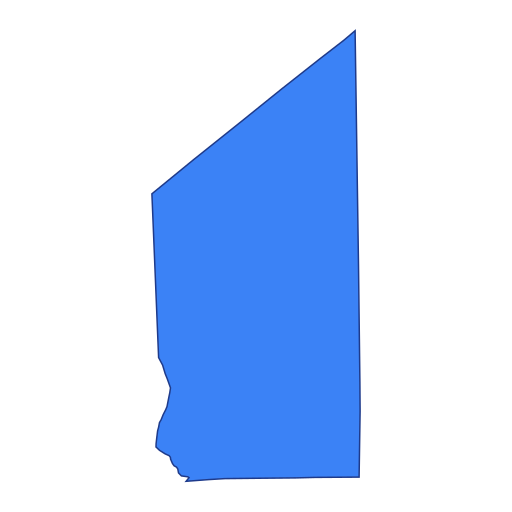 Iférouane, Agadez, Niger
{"feature_id": "23599985B42361363165505", "entity_name": "Iférouane", "entity_type": "district", "adm_level": 2, "iso_a3": "NER", "parent_name": "Niger", "parent_adm1": "Agadez", "projection": "equal_earth", "projection_center": [8.793, 20.451], "detail": "fine", "context": "isolated", "style": "filled", "palette": "blue", "viewbox_px": 512, "rotation_deg": 0, "n_neighbors": 0, "source": "geoboundaries", "source_scale": "gbopen_adm2", "svg_char_len": 704}
<svg xmlns="http://www.w3.org/2000/svg" viewBox="0 0 512 512"><path d="M186.1,481.3L208.6,479.6L224.9,478.6L263.0,478.2L295.4,477.9L315.0,477.4L359.1,477.1L360.1,411.2L359.9,382.7L358.5,265.1L355.1,30.7L343.9,40.2L320.4,58.4L282.1,88.6L237.2,124.8L193.9,159.4L151.9,193.8L158.6,357.6L162.6,365.1L165.2,373.7L167.3,378.9L170.5,387.9L169.8,392.6L168.6,398.4L167.0,406.6L165.7,409.7L163.2,414.6L161.1,419.8L159.5,422.5L158.6,427.2L157.6,430.9L156.6,439.1L156.1,443.6L156.0,447.0L159.6,450.4L165.0,453.8L169.2,455.7L170.4,457.3L170.6,459.2L172.5,463.6L174.1,465.8L176.5,467.1L177.8,469.0L178.5,472.9L181.4,475.9L187.8,476.8L189.0,477.7L186.1,481.3Z" fill="#3b82f6" stroke="#1e3a8a" stroke-width="1.5"/></svg>